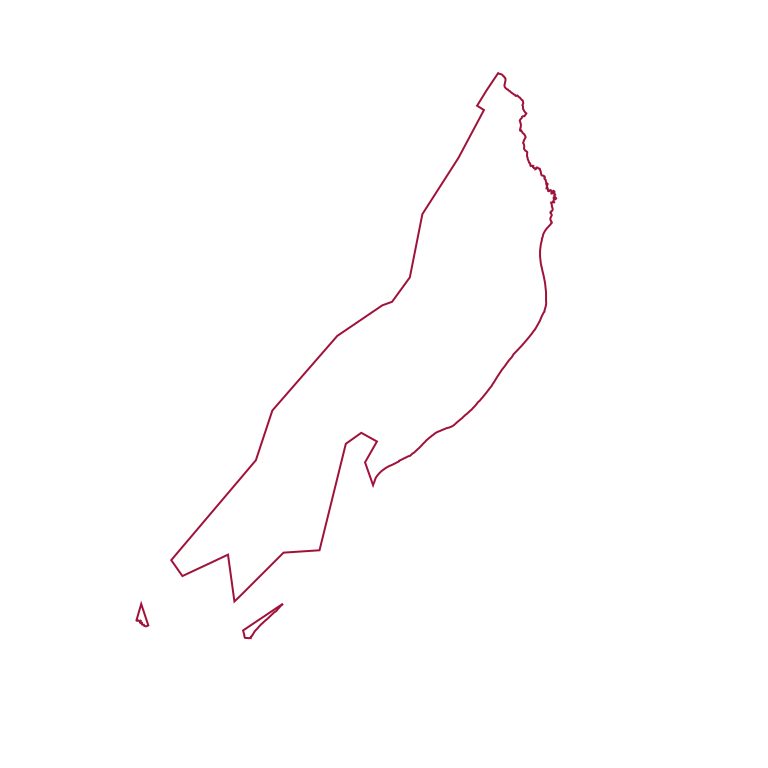 Aurukun, Queensland, Australia (Natural Earth projection), rotated 209°
{"feature_id": "25037944B73642390976852", "entity_name": "Aurukun", "entity_type": "district", "adm_level": 2, "iso_a3": "AUS", "parent_name": "Australia", "parent_adm1": "Queensland", "projection": "natural_earth1", "projection_center": [141.751, -13.513], "detail": "fine", "context": "isolated", "style": "outline", "palette": "rose", "viewbox_px": 768, "rotation_deg": 209, "n_neighbors": 0, "source": "geoboundaries", "source_scale": "gbopen_adm2", "svg_char_len": 6047}
<svg xmlns="http://www.w3.org/2000/svg" viewBox="0 0 768 768"><g transform="rotate(209 384 384)"><path d="M390.1,187.8L359.8,207.3L388.4,313.2L380.2,330.3L362.3,330.3L362.6,306.3L344.5,290.2L344.9,292.5L344.9,293.5L345.1,294.0L345.7,297.7L345.7,298.5L345.5,300.4L344.9,303.5L343.9,306.8L341.6,311.7L339.4,315.2L338.6,316.0L335.9,319.8L334.5,322.0L333.8,322.9L333.4,323.5L333.3,324.0L333.5,324.2L327.6,332.7L326.5,333.6L325.8,335.6L325.4,337.0L324.9,337.6L324.3,339.0L322.8,343.7L322.4,344.6L321.6,347.6L321.2,348.9L321.0,350.2L319.9,353.9L319.7,355.1L319.4,355.8L318.8,357.5L318.5,358.2L318.3,358.9L317.7,360.1L317.2,361.7L316.4,363.1L315.5,365.5L314.5,367.3L313.3,368.9L312.3,370.0L311.2,371.5L311.0,372.0L310.3,372.6L307.8,375.8L306.4,377.1L306.2,377.2L305.5,378.1L304.8,378.8L304.3,379.5L302.9,381.9L301.4,386.4L299.8,390.5L299.3,391.6L297.9,396.2L297.2,397.7L296.2,400.6L295.7,402.3L294.9,404.3L294.6,406.0L294.3,406.8L293.4,410.7L292.9,414.0L292.6,414.7L292.2,415.7L291.7,418.5L291.4,419.6L290.1,427.0L289.4,432.1L289.0,433.8L288.9,434.8L289.0,435.7L288.7,438.6L288.4,446.0L288.1,448.5L288.1,450.1L287.9,451.4L287.9,452.7L287.5,455.4L287.2,456.9L286.6,461.8L286.5,463.1L286.1,465.7L285.3,469.2L285.2,470.2L285.1,472.9L283.5,478.9L282.1,484.3L279.9,495.1L279.3,498.9L279.1,499.7L278.9,502.4L278.4,504.8L278.3,507.3L278.3,515.0L278.8,518.9L279.0,523.3L279.0,524.2L278.7,524.8L278.7,525.1L278.9,525.5L279.2,525.9L280.3,530.7L281.1,532.9L281.7,533.9L282.7,535.5L286.7,542.7L291.6,549.7L293.0,551.5L296.8,556.0L301.3,560.9L302.4,562.3L303.4,563.2L305.6,565.9L309.4,571.3L312.3,576.6L314.4,581.8L315.8,586.8L316.5,587.8L316.4,588.8L316.5,589.4L317.2,591.7L317.4,592.9L317.4,596.0L317.2,598.0L316.9,599.5L315.8,604.0L315.7,605.0L315.6,605.3L315.4,606.4L315.5,606.6L316.3,607.3L316.7,607.5L316.8,607.3L318.1,608.4L318.4,608.7L318.7,609.2L318.9,610.2L319.1,613.0L320.6,614.3L320.9,614.1L321.3,614.3L321.7,614.8L321.7,615.6L321.1,616.5L321.0,617.1L320.9,618.0L321.3,618.8L322.2,619.9L323.1,620.5L323.8,621.7L325.3,623.2L325.2,623.2L324.9,624.1L325.0,624.9L324.9,625.3L324.7,625.5L324.3,625.7L324.1,625.3L323.8,625.2L323.3,625.2L323.2,625.3L323.2,625.5L323.8,625.7L324.1,625.9L324.5,626.6L324.8,627.4L324.8,627.7L324.3,628.4L323.6,628.7L323.4,629.8L324.1,630.3L324.3,630.3L325.1,629.1L325.8,628.9L326.0,629.2L326.0,629.6L325.6,630.6L325.8,630.9L326.4,631.3L326.6,632.0L326.5,632.3L326.1,632.6L326.4,633.0L326.3,633.5L326.7,633.0L327.1,632.9L327.5,633.3L327.7,633.8L328.0,633.6L328.4,633.8L328.4,634.3L328.3,634.7L328.3,634.9L328.7,635.1L329.5,635.1L329.7,634.8L329.7,633.9L329.8,633.6L329.3,633.2L329.1,632.5L329.5,631.9L329.9,631.8L330.3,632.2L330.6,633.1L331.0,633.7L331.3,634.0L332.2,634.4L332.4,634.4L332.8,634.0L333.0,632.8L333.6,632.4L334.0,632.4L334.2,632.6L335.0,633.7L335.6,634.4L335.9,634.3L336.3,633.9L336.7,633.8L336.9,634.5L336.5,634.7L336.5,635.0L337.0,635.4L337.3,636.2L337.8,636.7L337.6,637.7L337.7,637.9L337.9,637.7L338.2,638.0L338.4,637.9L338.5,637.6L338.6,637.2L338.9,637.5L338.6,637.9L338.9,638.2L339.1,638.6L339.7,638.6L339.8,639.0L340.7,639.7L341.5,640.9L341.9,641.0L342.2,640.9L343.2,641.4L343.6,641.9L343.4,642.5L344.1,643.0L344.1,643.3L344.4,643.4L344.8,643.3L345.3,643.5L345.6,643.5L346.0,643.2L346.8,643.0L347.6,643.1L348.5,644.1L349.0,644.5L349.4,645.2L349.8,645.7L350.2,645.9L350.8,646.6L351.6,647.0L351.7,647.5L352.1,647.8L353.4,647.4L353.8,647.6L355.2,647.6L355.6,647.1L355.6,646.5L355.8,646.1L355.4,645.9L355.4,645.6L355.5,645.5L355.8,645.5L355.9,645.3L356.2,645.7L356.3,645.8L356.8,645.8L357.6,645.5L358.5,646.1L358.9,646.2L359.0,646.5L359.2,646.2L359.3,646.3L359.3,646.7L359.6,647.0L359.8,647.0L360.0,646.7L360.3,646.5L360.6,646.5L360.9,646.3L361.3,645.8L362.2,646.3L362.5,647.1L363.3,647.8L363.5,647.9L364.4,647.9L365.6,649.1L367.5,650.5L368.1,651.6L369.4,652.5L370.9,655.8L371.2,656.3L372.1,656.6L373.6,656.6L373.8,656.8L374.9,657.2L375.8,657.9L376.1,658.7L376.5,659.8L377.3,660.9L378.3,661.8L379.3,662.3L379.4,664.0L379.8,664.7L379.7,666.3L379.8,667.3L379.7,668.1L380.2,669.0L382.0,670.2L382.4,670.4L384.4,670.8L384.9,671.1L385.4,671.3L386.9,672.3L387.3,671.9L387.4,671.6L387.6,671.6L387.9,671.7L388.4,672.5L388.9,674.7L389.1,675.1L389.2,675.7L390.0,677.2L390.6,678.0L391.3,678.5L392.4,679.8L392.9,680.1L393.0,680.4L393.0,681.5L392.5,683.6L392.8,684.6L392.7,685.0L392.1,685.7L391.2,686.1L391.0,686.5L390.7,689.2L390.7,689.7L391.8,689.9L393.0,690.4L393.9,690.8L394.8,691.5L395.4,691.7L395.7,692.2L396.3,692.7L397.0,694.2L398.0,694.8L398.2,695.3L398.2,696.8L399.3,698.4L399.9,699.0L400.5,699.3L400.9,699.2L403.0,699.9L404.0,700.4L404.5,700.3L405.8,700.5L407.1,701.0L407.5,700.8L408.1,700.0L408.8,699.8L409.7,700.4L410.7,700.2L412.3,700.5L414.0,700.6L416.2,701.2L417.3,701.1L418.3,701.6L419.6,701.4L421.5,701.9L422.5,702.4L423.3,703.4L423.8,704.4L423.8,705.0L424.3,706.2L424.8,708.2L425.3,709.1L426.1,710.2L426.3,710.4L427.2,710.5L428.0,711.1L429.2,711.2L430.2,711.7L431.1,711.8L432.2,711.6L433.6,711.2L434.9,711.2L436.6,691.2L437.5,672.5L429.4,672.1L428.5,617.9L432.8,551.2L413.1,489.8L416.8,459.8L423.6,452.0L448.2,403.4L468.8,306.7L459.1,255.2L484.7,126.8L467.2,118.3L437.7,159.1L409.4,121.3L407.5,127.3L390.1,187.8ZM366.0,141.9L366.3,142.0L387.8,100.1L384.5,96.8L384.5,96.6L384.4,96.3L383.7,95.7L383.2,95.0L382.5,94.6L382.3,94.6L380.2,95.7L379.2,96.0L378.4,96.7L378.0,96.8L377.9,96.9L378.0,97.2L377.9,97.8L377.6,97.3L377.4,97.3L377.6,98.1L377.3,100.6L377.2,104.5L377.0,105.9L376.1,109.1L375.6,111.8L375.2,113.0L374.9,114.4L374.1,116.5L373.9,117.4L373.4,118.6L373.1,119.8L372.3,121.5L369.6,130.3L369.3,131.2L368.4,132.6L368.1,133.4L367.7,135.8L367.1,138.1L366.9,139.5L366.7,140.1L366.3,140.8L366.0,141.9ZM489.7,73.9L485.9,57.2L485.4,57.1L485.0,57.2L484.9,57.5L484.9,58.0L484.7,58.1L484.0,57.9L483.6,58.1L482.9,58.1L482.6,58.4L482.2,59.0L481.9,58.9L481.9,58.7L482.1,58.1L482.1,57.6L482.0,57.3L481.3,56.9L480.9,57.1L480.3,57.8L479.9,57.9L479.6,57.6L479.4,56.5L479.2,56.4L478.0,56.5L477.3,57.0L476.7,56.3L476.4,56.2L474.8,56.6L474.3,57.0L473.1,58.6L489.7,73.9Z" fill="none" stroke="#9f1239" stroke-width="2"/></g></svg>